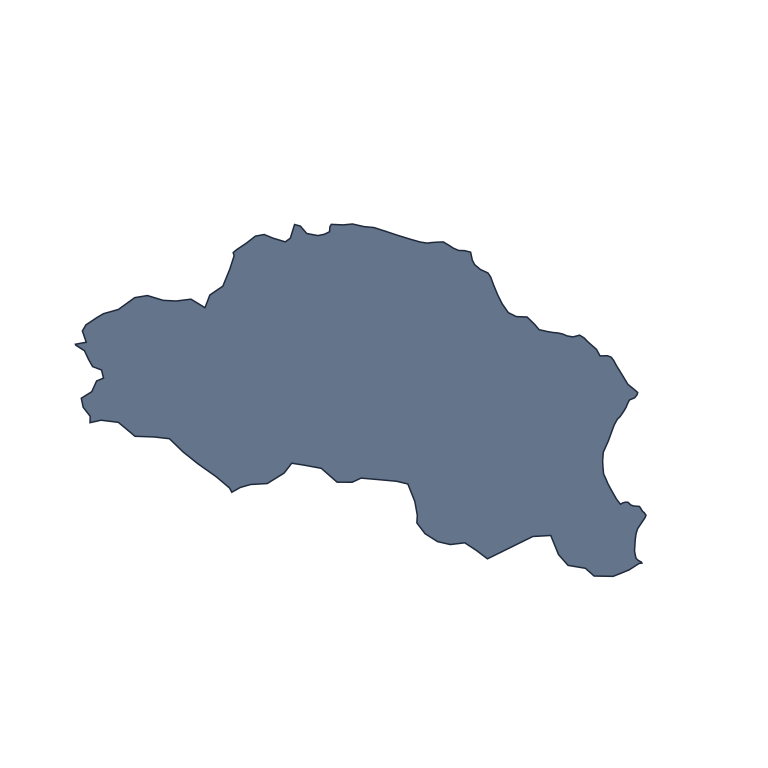 the district of Avdimou, Limassol, Cyprus, rotated 290°
{"feature_id": "46923920B67900362535840", "entity_name": "Avdimou", "entity_type": "district", "adm_level": 2, "iso_a3": "CYP", "parent_name": "Cyprus", "parent_adm1": "Limassol", "projection": "equal_earth", "projection_center": [32.763, 34.683], "detail": "fine", "context": "isolated", "style": "filled", "palette": "slate", "viewbox_px": 768, "rotation_deg": 290, "n_neighbors": 0, "source": "geoboundaries", "source_scale": "gbopen_adm2", "svg_char_len": 2358}
<svg xmlns="http://www.w3.org/2000/svg" viewBox="0 0 768 768"><g transform="rotate(290 384 384)"><path d="M303.9,687.6L304.7,686.8L305.2,683.2L306.4,680.5L309.3,678.6L312.8,676.5L317.0,675.3L323.4,673.4L329.4,672.1L334.8,671.8L341.9,673.6L347.6,675.0L350.3,675.1L352.1,672.6L352.8,670.4L355.1,667.6L356.3,665.9L355.6,663.3L354.7,660.0L354.8,657.2L356.3,653.8L355.6,651.4L354.1,649.2L351.9,647.3L355.2,642.0L358.2,638.5L361.0,635.2L363.5,632.3L366.8,628.6L370.4,625.3L374.6,621.1L380.8,618.2L386.1,615.9L394.9,613.4L407.1,614.3L413.5,614.3L423.9,614.3L430.7,615.3L434.1,617.0L439.8,618.5L445.0,619.5L448.7,619.6L452.9,620.1L456.8,624.3L460.4,625.5L462.8,625.3L462.9,625.0L464.7,620.2L467.1,613.3L473.8,605.0L480.9,596.0L484.6,591.9L486.9,588.3L487.0,584.3L484.3,577.4L489.2,571.9L491.6,565.6L493.7,560.4L495.7,556.5L496.8,551.1L492.9,545.5L491.8,539.5L492.1,534.9L491.4,529.7L490.3,525.7L489.2,519.7L488.1,511.2L491.4,505.5L495.9,495.5L492.6,485.3L493.6,476.4L499.8,467.6L506.6,460.4L514.7,453.0L521.0,447.7L523.9,443.7L524.6,435.4L527.2,428.3L530.5,424.7L537.5,420.3L536.9,414.1L535.0,408.4L535.4,402.6L536.5,397.9L537.8,391.2L535.4,385.3L533.3,380.5L531.2,376.5L529.8,369.4L529.1,360.0L528.4,346.4L528.1,335.6L527.6,321.1L525.0,311.1L523.6,299.7L519.5,291.1L516.0,279.9L513.4,279.4L508.4,280.7L504.3,276.7L500.9,271.2L499.0,259.9L503.8,251.4L503.3,245.4L489.0,246.1L483.8,242.6L483.1,229.7L483.5,220.3L479.0,212.6L469.0,206.3L460.0,199.7L455.9,197.3L453.2,199.3L439.2,199.8L420.9,199.1L408.1,189.9L394.5,189.7L397.7,173.6L390.9,160.3L387.1,147.9L386.2,131.4L379.9,120.2L363.2,108.9L354.1,96.3L348.0,91.3L337.7,83.7L330.7,82.4L321.4,89.9L315.8,80.4L315.0,81.2L312.8,91.2L306.2,97.8L300.7,104.2L300.5,113.8L293.6,118.4L288.6,112.9L276.8,112.0L267.1,104.4L259.2,109.3L253.2,118.9L247.1,121.0L253.2,130.5L257.1,147.5L249.7,167.9L255.6,186.1L259.2,201.1L251.4,218.5L245.4,236.3L239.4,258.3L233.4,274.5L230.2,278.0L237.5,284.2L244.0,293.1L250.5,308.3L266.1,320.6L278.0,324.4L280.2,335.5L283.3,353.9L275.7,373.5L280.8,387.7L287.7,394.6L292.1,410.9L296.9,429.1L298.2,440.6L284.1,453.2L272.0,460.2L264.7,462.4L257.4,473.7L254.2,488.2L255.8,501.2L262.4,514.2L259.2,527.7L255.1,541.0L291.6,576.0L298.7,592.5L283.4,606.3L276.5,619.0L279.7,636.3L275.4,647.1L281.6,665.1L293.0,677.8L302.6,685.1L303.9,687.6Z" fill="#64748b" stroke="#1e293b" stroke-width="1.5"/></g></svg>